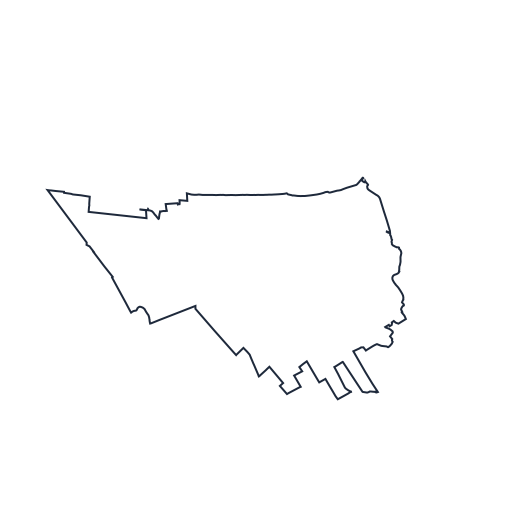 the district of Corbu, Constanta, Romania, rotated 231°
{"feature_id": "2599482B13126343375906", "entity_name": "Corbu", "entity_type": "district", "adm_level": 2, "iso_a3": "ROU", "parent_name": "Romania", "parent_adm1": "Constanta", "projection": "robinson", "projection_center": [28.674, 44.419], "detail": "fine", "context": "isolated", "style": "outline", "palette": "slate", "viewbox_px": 512, "rotation_deg": 231, "n_neighbors": 0, "source": "geoboundaries", "source_scale": "gbopen_adm2", "svg_char_len": 5942}
<svg xmlns="http://www.w3.org/2000/svg" viewBox="0 0 512 512"><g transform="rotate(231 256 256)"><path d="M97.0,229.6L93.2,229.4L92.0,236.0L91.1,241.2L90.9,243.6L90.4,244.7L90.3,245.1L90.6,244.7L91.3,244.2L93.5,243.2L95.5,242.6L96.8,242.3L97.4,242.3L97.9,242.3L112.0,245.4L111.9,245.4L120.4,247.0L120.1,248.7L119.6,252.9L119.2,256.7L119.1,256.8L118.9,256.8L91.8,254.1L83.5,253.3L83.2,253.4L79.9,256.4L79.3,257.9L79.1,259.2L78.1,260.3L77.9,260.5L76.5,261.9L76.1,262.5L75.4,262.9L75.3,263.5L74.3,263.5L74.0,264.0L73.6,265.1L83.5,266.1L96.9,267.9L120.7,271.7L119.4,276.9L119.1,278.1L118.8,280.2L117.4,282.0L113.4,281.9L113.4,282.3L112.5,289.5L112.1,291.9L111.5,294.3L111.3,294.6L107.4,296.8L106.0,298.1L103.5,300.6L103.3,300.7L102.4,301.0L102.2,301.1L101.9,301.5L101.9,303.7L102.4,306.4L103.3,308.2L104.3,308.3L104.9,308.6L105.5,309.1L105.7,309.6L109.2,309.6L110.3,314.0L110.8,314.4L111.5,314.7L114.2,314.2L115.9,313.5L119.0,311.7L119.5,311.7L118.9,315.9L117.3,315.7L117.0,318.0L118.4,319.7L118.9,319.8L118.8,322.2L116.3,322.6L113.8,324.1L112.7,332.8L115.1,333.5L115.9,333.7L117.4,333.8L119.6,333.7L120.4,333.8L120.4,334.4L120.7,334.4L121.2,334.6L121.6,334.6L121.9,334.8L122.0,334.9L122.5,334.9L123.1,335.1L123.5,335.5L123.9,336.1L124.6,337.9L124.7,338.9L124.5,339.4L124.5,339.7L124.7,340.0L125.2,340.3L125.8,340.4L126.1,340.4L126.5,340.3L128.1,340.3L128.5,341.0L129.0,342.0L129.3,343.0L129.7,343.1L130.4,343.9L131.0,344.4L131.9,344.9L132.6,345.3L134.9,345.9L138.5,346.4L141.7,346.7L142.8,346.7L145.7,346.5L146.2,346.5L146.3,346.6L146.7,346.6L148.2,346.6L150.7,347.0L151.5,347.2L152.0,347.4L152.5,347.7L152.9,348.0L153.4,348.4L153.7,348.9L154.0,349.3L154.2,349.8L154.3,350.4L154.3,350.8L154.3,351.3L154.2,351.8L153.7,353.1L153.3,354.6L153.2,355.4L153.2,356.1L153.7,357.6L154.3,357.6L154.6,358.1L155.1,358.6L157.1,360.3L157.6,360.8L158.5,362.3L159.6,363.6L160.2,364.3L160.8,364.9L164.0,367.4L164.5,367.9L166.3,370.2L166.8,370.8L167.4,371.1L168.1,371.5L168.8,371.7L170.2,371.9L171.1,371.8L171.5,371.7L172.5,372.4L173.1,372.0L173.4,371.9L174.1,370.9L174.5,370.7L174.8,370.6L175.5,370.2L176.1,369.9L176.5,369.8L177.1,369.5L177.8,369.2L178.4,369.0L179.5,369.1L179.8,369.1L180.0,369.3L180.4,369.9L180.2,370.2L180.6,369.8L180.9,370.0L181.5,370.1L181.9,370.4L182.6,371.4L182.9,371.9L184.0,372.0L184.6,372.4L185.6,372.9L186.9,373.4L187.7,373.4L189.2,374.5L191.1,373.4L191.8,373.0L192.5,372.8L192.7,373.1L192.1,373.4L189.8,374.9L191.3,375.9L194.4,377.2L201.2,380.0L208.2,382.7L209.3,383.1L222.3,388.3L222.6,388.4L223.0,388.5L224.0,388.7L224.5,388.7L224.9,388.7L225.9,388.6L226.7,388.4L227.9,387.9L235.1,385.6L236.5,385.2L237.2,385.1L238.0,385.1L238.7,385.3L239.3,385.7L239.9,386.0L240.3,386.5L240.7,387.2L240.7,387.8L240.8,387.9L241.9,388.0L242.9,387.9L243.4,387.9L244.2,387.9L244.3,387.8L245.3,388.0L245.1,387.8L244.7,387.6L244.7,387.3L244.7,387.1L244.9,386.8L245.3,386.5L246.2,386.2L246.8,386.0L247.3,385.9L247.6,386.0L247.9,385.8L248.2,385.8L248.6,386.3L248.6,386.6L248.8,386.9L248.9,387.3L248.9,387.5L248.9,387.9L249.1,388.2L249.3,388.4L249.6,388.3L249.7,388.1L249.3,386.4L248.8,383.9L248.8,383.4L248.6,383.1L248.1,379.8L248.1,378.7L251.8,369.7L253.1,365.9L253.8,363.5L254.8,361.6L255.7,360.2L258.5,353.9L258.9,353.2L259.3,352.8L259.8,352.5L260.7,352.2L261.6,350.8L262.1,349.8L262.3,349.1L262.6,348.1L263.3,346.5L263.9,345.1L265.5,342.0L268.7,336.7L270.6,333.7L271.9,331.7L273.7,329.5L274.3,328.6L276.7,325.9L278.4,324.3L279.5,323.2L280.2,322.3L280.8,322.0L283.3,320.0L283.7,319.7L284.0,319.6L284.8,319.5L285.2,319.4L285.4,319.3L285.8,318.5L286.5,317.2L287.4,315.8L289.9,312.2L291.2,310.4L292.8,308.2L294.0,306.5L295.7,304.4L296.4,303.4L297.4,302.1L298.8,300.2L299.9,298.8L300.9,297.6L302.2,296.1L304.0,293.6L304.3,293.4L305.8,291.4L307.4,289.5L309.3,287.4L310.5,285.7L311.9,284.1L316.1,278.5L318.8,275.4L322.4,270.7L324.2,268.9L325.4,267.3L325.9,266.8L328.4,263.4L331.2,260.2L337.0,253.0L339.7,250.3L341.2,248.0L342.9,246.0L344.4,244.5L348.2,241.7L346.1,240.2L342.1,237.3L347.5,231.7L345.6,230.3L345.4,229.8L344.7,229.6L344.4,229.2L344.6,228.9L345.0,228.4L345.2,227.7L346.5,228.1L353.2,218.5L347.5,215.0L347.4,215.2L347.2,215.1L348.2,213.5L349.0,212.7L350.0,211.0L350.1,210.8L350.1,210.5L351.0,209.5L350.0,208.4L349.7,207.9L349.3,207.4L349.1,207.2L348.6,206.6L346.2,204.1L345.9,203.9L345.4,203.9L346.3,203.5L347.5,203.5L349.1,203.5L351.0,203.6L350.8,203.5L352.1,203.4L353.6,203.5L355.0,203.5L355.4,203.4L355.8,203.4L356.4,203.3L357.4,202.7L358.3,202.1L359.3,201.2L360.4,201.7L360.5,201.7L360.4,201.5L359.5,200.9L360.7,199.7L364.4,196.0L365.4,195.0L365.6,194.8L364.2,195.9L360.8,199.3L354.3,194.7L395.6,153.7L399.1,157.0L399.4,157.3L399.7,157.7L400.1,158.2L400.4,158.5L401.1,158.9L401.9,159.6L403.4,161.0L405.1,162.6L406.7,164.1L413.4,158.1L419.1,152.4L420.7,151.4L425.9,146.6L426.7,147.2L432.7,141.1L435.7,138.2L437.3,136.5L438.4,135.5L373.0,132.9L371.3,131.3L368.2,132.7L361.3,132.5L361.4,132.2L343.3,131.6L330.0,131.5L330.1,130.9L330.0,130.6L301.8,125.4L292.6,123.6L290.6,123.3L290.6,124.2L290.5,125.1L290.3,126.1L289.7,127.4L289.1,128.3L289.1,129.2L290.0,131.1L290.1,132.5L289.7,133.8L289.0,134.4L288.1,135.0L286.9,135.6L286.4,135.7L284.9,136.0L282.1,135.5L280.3,135.3L279.1,135.2L278.6,135.2L277.5,135.1L275.3,134.2L274.2,133.5L273.5,133.2L272.9,132.7L271.7,132.0L271.1,131.7L270.1,131.2L269.7,132.1L268.5,136.0L267.1,140.6L265.6,145.3L256.4,174.1L255.9,175.7L255.3,177.5L253.1,175.7L224.0,176.7L203.8,177.6L201.6,177.7L194.9,178.0L191.5,178.2L191.6,178.6L191.7,179.9L192.5,188.4L186.8,188.9L183.3,189.0L181.7,188.5L178.7,187.6L176.9,187.1L174.2,186.3L172.9,186.0L162.3,183.0L161.3,182.6L160.6,182.4L160.5,183.1L160.6,183.5L161.1,192.2L161.2,192.8L161.5,196.7L140.2,197.1L140.0,192.8L129.2,193.2L129.0,194.8L126.9,205.5L126.5,207.4L126.2,208.4L139.1,210.4L137.3,219.3L142.4,219.8L142.4,224.9L142.2,229.2L130.3,227.4L120.9,226.0L118.0,225.6L116.8,232.6L108.4,231.3L102.8,230.5L97.0,229.6Z" fill="none" stroke="#1e293b" stroke-width="2"/></g></svg>